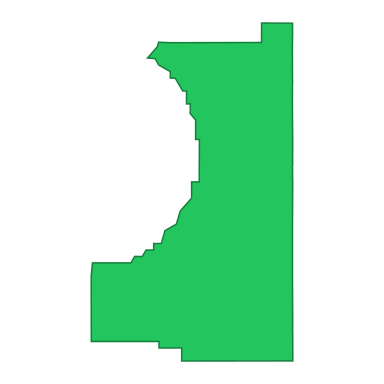 Wibaux, Montana, United States of America
{"feature_id": "52423323B54665003202260", "entity_name": "Wibaux", "entity_type": "district", "adm_level": 2, "iso_a3": "USA", "parent_name": "United States of America", "parent_adm1": "Montana", "projection": "robinson", "projection_center": [-104.243, 47.019], "detail": "fine", "context": "isolated", "style": "filled", "palette": "green", "viewbox_px": 384, "rotation_deg": 0, "n_neighbors": 0, "source": "geoboundaries", "source_scale": "gbopen_adm2", "svg_char_len": 944}
<svg xmlns="http://www.w3.org/2000/svg" viewBox="0 0 384 384"><path d="M91.3,341.5L159.0,341.5L159.0,348.0L181.7,348.0L181.7,361.0L292.8,360.9L292.7,330.9L292.6,328.6L292.7,325.2L292.7,324.9L292.7,323.4L292.5,276.3L292.5,230.2L292.5,226.9L292.7,183.9L292.7,182.4L292.6,176.7L292.6,175.0L292.6,172.1L292.5,165.6L292.7,164.4L292.6,159.2L292.7,143.7L292.4,104.3L292.5,82.7L292.6,81.8L292.6,81.4L292.6,79.4L292.5,78.2L292.5,76.9L292.4,53.1L292.4,52.3L292.4,47.2L292.6,33.0L292.5,23.2L261.6,23.0L261.5,42.5L171.0,42.7L158.5,42.2L157.6,46.5L147.5,58.0L155.0,58.6L158.8,65.1L170.3,71.6L170.3,78.1L175.2,78.1L182.7,91.0L186.5,91.0L186.5,103.9L190.3,103.9L190.2,113.6L195.6,120.0L195.6,139.5L199.4,139.5L199.2,181.9L191.6,181.9L191.6,198.1L180.2,211.1L176.4,224.1L165.0,230.6L161.2,243.6L153.7,243.5L153.6,250.0L146.1,250.0L142.3,256.5L134.7,256.4L130.9,262.9L92.5,262.9L91.2,275.8L91.3,341.5Z" fill="#22c55e" stroke="#15803d" stroke-width="1.5"/></svg>